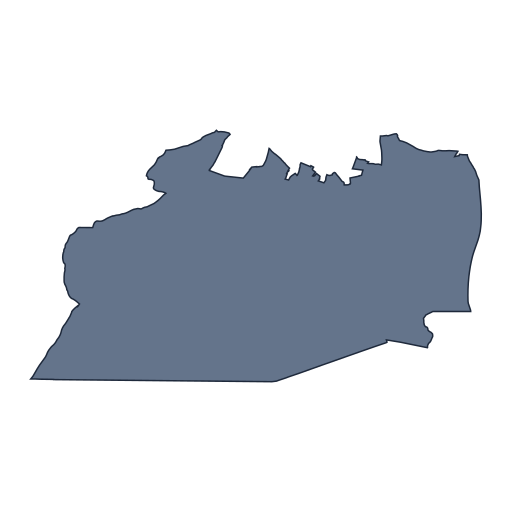 outline of Malambo, Atlántico, Colombia
{"feature_id": "7082276B4213676035156", "entity_name": "Malambo", "entity_type": "district", "adm_level": 2, "iso_a3": "COL", "parent_name": "Colombia", "parent_adm1": "Atlántico", "projection": "albers", "projection_center": [-74.828, 10.852], "detail": "fine", "context": "isolated", "style": "filled", "palette": "slate", "viewbox_px": 512, "rotation_deg": 0, "n_neighbors": 0, "source": "geoboundaries", "source_scale": "gbopen_adm2", "svg_char_len": 6006}
<svg xmlns="http://www.w3.org/2000/svg" viewBox="0 0 512 512"><path d="M39.9,379.2L53.6,379.4L53.6,379.6L271.9,381.7L276.6,381.1L278.4,380.4L285.9,377.9L288.5,376.9L299.9,373.0L322.0,365.1L361.5,351.2L374.4,346.7L386.2,342.7L387.0,342.2L386.4,339.9L400.4,342.2L427.4,347.7L427.6,347.3L427.5,346.7L427.5,346.2L427.8,345.0L428.6,343.4L430.0,342.1L430.7,341.1L431.4,339.5L431.8,338.4L432.5,337.0L432.7,336.4L432.7,335.2L432.5,333.9L432.1,333.4L430.8,332.2L430.1,331.9L428.7,330.9L427.9,329.9L427.8,328.7L427.6,328.1L427.3,327.6L426.8,327.1L426.3,326.9L425.9,326.9L425.3,326.5L424.6,325.5L424.1,324.4L424.1,323.8L423.8,322.7L423.8,320.6L423.5,318.3L425.4,315.8L425.6,315.2L426.9,314.5L427.9,313.9L431.1,312.4L432.8,311.5L470.7,311.5L470.6,310.3L470.2,309.0L468.3,303.4L468.0,301.2L467.9,295.3L468.0,289.1L468.3,283.0L468.9,276.3L469.5,271.7L470.3,266.5L471.3,261.4L472.3,257.1L472.9,254.9L473.9,251.7L477.9,240.3L478.9,236.9L479.5,234.4L480.2,231.2L480.6,227.9L481.0,224.2L481.2,220.6L481.3,213.7L481.0,206.8L480.5,199.8L479.3,186.9L478.9,180.0L476.8,175.3L475.6,171.5L474.4,169.0L473.7,168.1L473.1,166.8L471.6,164.5L470.3,162.2L469.7,161.6L469.1,160.3L467.6,156.6L467.3,155.3L467.3,154.8L462.6,154.7L459.5,154.3L459.2,155.6L454.7,156.6L456.0,154.1L456.6,153.4L457.9,151.3L457.0,151.1L449.1,150.6L445.8,150.8L442.2,150.8L440.9,150.6L438.8,150.4L438.2,150.4L436.5,151.1L435.1,151.4L431.5,152.0L429.8,152.0L429.0,151.8L427.7,151.7L423.5,150.9L421.0,150.1L418.9,149.6L416.4,148.5L414.9,147.6L413.4,146.6L406.7,142.9L402.8,141.4L400.0,140.7L399.6,140.5L399.1,139.8L398.4,138.2L397.8,137.5L397.7,137.2L397.6,136.9L397.6,136.6L397.4,136.3L397.4,135.9L397.6,135.4L397.2,134.7L396.4,133.8L394.9,133.9L393.4,134.2L388.1,135.8L387.6,135.8L386.6,135.5L382.5,136.0L380.4,136.0L380.0,140.6L380.0,141.8L381.5,150.2L381.7,152.6L381.9,157.9L381.9,159.8L381.8,161.3L381.4,164.9L378.4,164.1L375.3,164.3L373.5,163.7L371.7,163.6L369.3,163.6L368.2,163.5L367.5,163.3L367.9,162.8L368.6,161.9L366.2,161.1L365.3,160.6L365.3,160.0L365.2,159.9L364.4,159.8L363.5,159.9L363.0,159.7L359.7,159.5L357.7,158.7L356.9,157.2L356.6,157.0L356.5,157.9L352.9,167.7L352.4,168.8L362.9,170.1L361.5,175.3L359.1,175.8L359.1,176.1L350.0,178.0L350.5,183.2L350.2,183.6L349.9,183.8L350.0,184.1L348.5,184.7L347.2,184.9L344.2,184.9L344.1,183.1L343.8,182.4L343.4,182.0L342.1,181.4L338.9,177.2L336.8,174.8L335.4,172.9L334.5,172.5L334.2,172.5L332.5,173.7L332.4,174.0L332.4,174.7L332.2,174.9L331.2,175.1L329.9,175.5L327.9,175.2L326.9,174.7L326.0,177.2L325.6,180.4L325.3,180.8L323.9,182.8L318.3,180.9L319.6,179.1L319.4,179.0L320.0,176.3L316.9,173.8L316.5,173.6L314.7,175.7L313.6,176.2L312.6,175.9L315.5,172.2L312.8,170.0L312.4,169.4L312.4,168.9L313.6,167.4L313.6,167.1L310.9,165.7L310.5,166.7L301.0,162.8L300.4,164.0L300.1,164.7L300.1,165.8L300.1,166.2L299.9,167.3L299.4,168.9L299.4,169.5L298.8,172.0L297.3,175.3L297.0,175.5L296.2,174.4L295.2,173.4L291.5,175.9L290.2,177.1L288.6,180.0L285.2,179.1L286.1,177.1L286.3,176.3L287.2,173.8L286.6,173.6L287.9,171.1L288.5,171.4L288.9,170.5L288.3,170.2L289.5,168.2L287.7,166.5L285.9,164.6L284.6,162.9L284.2,162.8L282.9,161.2L281.5,159.9L281.4,159.5L280.1,158.2L275.4,154.2L274.6,153.8L271.7,151.3L269.6,148.7L269.1,148.4L268.7,150.3L268.3,152.3L266.6,158.3L266.3,159.4L265.6,161.1L264.0,164.1L263.2,165.5L261.8,166.4L259.7,166.5L259.4,166.7L259.0,166.7L256.6,166.9L256.6,166.6L251.8,167.1L250.1,169.0L250.5,169.0L249.0,171.1L243.3,178.1L224.7,176.1L209.3,170.5L209.4,170.2L210.1,169.1L209.9,169.1L213.1,165.0L214.1,163.1L215.2,161.5L215.4,160.9L216.1,159.6L222.0,147.6L222.3,146.6L222.5,145.6L222.5,145.4L222.2,145.3L222.6,144.8L223.6,142.8L224.7,140.0L225.0,139.5L226.9,137.7L227.7,136.6L229.9,134.6L230.1,134.3L228.9,133.0L224.4,131.9L220.8,131.6L218.7,131.8L218.2,131.8L217.7,131.5L216.4,130.3L214.4,132.4L212.3,132.9L210.9,133.6L206.1,135.4L204.0,136.5L202.4,137.5L201.1,139.2L200.7,139.6L199.6,140.2L194.9,142.3L193.2,143.2L189.2,144.9L188.1,145.6L183.2,146.4L174.6,149.2L170.1,149.9L166.0,150.2L164.9,152.7L164.4,153.5L163.1,155.0L161.1,156.3L159.5,157.0L158.7,158.0L158.4,157.8L158.1,158.1L157.6,158.9L156.1,162.2L154.4,164.8L149.8,169.2L149.3,169.8L148.2,171.2L147.3,172.9L146.9,173.9L146.4,175.8L147.2,176.3L147.6,176.8L147.9,177.5L148.0,178.7L148.2,179.0L148.9,179.3L151.1,179.4L153.0,180.2L153.8,180.8L154.1,181.3L154.3,182.1L154.3,184.3L153.4,187.7L153.6,188.6L154.1,189.2L155.4,190.1L156.6,190.7L158.7,191.4L161.3,191.6L163.0,192.0L164.7,192.6L165.7,193.1L165.9,193.3L163.6,195.0L160.2,198.5L158.1,200.4L155.2,202.6L154.2,203.4L152.3,204.3L148.7,206.0L148.0,206.4L147.1,206.8L144.6,207.3L142.9,208.0L141.6,208.8L140.8,208.9L137.8,208.5L134.6,209.2L134.4,209.3L134.1,209.2L131.7,210.2L127.6,212.3L125.4,213.2L123.5,213.7L122.6,213.8L121.7,214.0L119.6,214.8L116.3,215.2L112.9,216.1L112.8,215.9L111.6,216.3L107.9,217.9L106.2,218.8L105.0,219.6L102.6,220.8L100.9,221.2L99.1,221.2L97.3,221.0L96.9,221.0L96.4,221.2L95.5,221.7L94.5,222.7L93.7,224.4L92.7,227.6L78.9,227.5L77.9,228.1L77.2,228.8L76.8,229.5L76.1,230.9L74.9,232.3L73.5,233.5L71.7,234.7L70.5,235.1L69.7,236.1L68.6,238.9L68.0,240.5L67.1,242.3L66.1,243.5L65.4,244.8L65.2,245.8L65.1,247.5L64.8,248.1L64.2,249.0L63.9,249.9L63.7,251.9L63.3,252.7L62.9,254.6L62.7,257.0L62.7,258.0L63.0,260.3L63.6,262.5L64.2,263.3L64.7,263.7L64.9,264.0L65.1,264.6L65.2,265.5L65.2,266.3L64.8,268.5L65.0,269.5L64.9,270.7L64.4,272.9L64.1,276.8L64.1,280.5L64.2,282.2L64.8,284.2L65.7,285.9L66.3,287.3L66.7,288.8L66.8,289.8L67.4,290.6L67.7,291.3L68.0,292.8L68.3,293.8L69.0,295.4L69.8,296.7L70.9,297.9L71.7,298.5L73.3,299.2L75.5,300.6L79.5,304.0L77.8,306.4L77.6,305.9L74.8,308.2L73.0,310.0L71.8,311.5L71.6,312.5L69.8,316.7L69.0,317.8L68.4,318.9L67.1,321.0L65.6,323.4L63.5,326.1L62.5,327.9L61.6,330.0L61.0,332.5L60.5,334.0L59.9,335.4L58.8,337.4L57.0,339.8L55.8,342.0L54.9,343.3L53.7,344.7L52.2,346.0L51.2,347.0L48.8,350.1L47.6,352.2L46.4,355.1L45.3,357.2L39.5,365.2L37.3,368.7L33.2,375.8L32.1,377.3L30.7,379.0L35.7,379.0L39.9,379.2Z" fill="#64748b" stroke="#1e293b" stroke-width="1.5"/></svg>